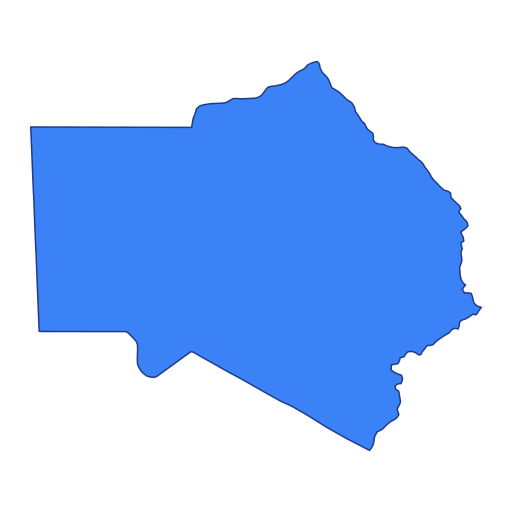 Nyatike, Nyanza, Kenya
{"feature_id": "3690345B78921482472620", "entity_name": "Nyatike", "entity_type": "district", "adm_level": 2, "iso_a3": "KEN", "parent_name": "Kenya", "parent_adm1": "Nyanza", "projection": "mercator", "projection_center": [34.221, -0.928], "detail": "fine", "context": "isolated", "style": "filled", "palette": "blue", "viewbox_px": 512, "rotation_deg": 0, "n_neighbors": 0, "source": "geoboundaries", "source_scale": "gbopen_adm2", "svg_char_len": 3563}
<svg xmlns="http://www.w3.org/2000/svg" viewBox="0 0 512 512"><path d="M318.2,62.4L317.0,61.6L316.1,61.7L313.7,62.3L311.3,63.2L309.0,64.2L307.0,65.5L305.6,67.4L305.0,68.1L304.2,68.7L301.4,70.3L298.8,71.5L295.2,74.1L293.2,76.2L291.1,78.1L288.9,80.4L285.4,82.9L281.4,84.5L278.5,85.2L275.1,86.0L271.8,86.2L268.1,87.1L266.3,89.0L264.4,91.5L263.9,92.2L263.1,93.3L261.5,95.3L259.3,96.8L256.1,98.0L251.9,98.4L248.1,98.5L246.2,98.6L245.1,98.7L242.5,98.8L239.3,98.7L236.4,98.5L233.1,98.6L230.8,99.8L228.5,101.3L225.9,102.6L222.9,103.1L219.9,103.3L215.8,103.4L210.6,103.7L203.9,104.7L200.0,105.8L196.5,108.8L195.8,111.6L195.4,112.8L194.9,114.1L193.1,118.7L191.6,127.4L30.7,127.0L31.7,149.6L32.8,177.7L33.1,184.0L33.3,189.0L33.5,193.9L33.7,196.6L34.0,203.4L34.1,206.8L34.4,215.2L34.9,227.3L35.6,244.7L36.1,254.6L37.3,285.6L39.2,331.4L44.2,331.5L126.1,331.6L128.5,333.2L131.0,335.7L133.8,338.7L136.5,341.8L137.5,345.0L137.6,350.2L137.4,355.6L137.3,359.6L137.4,362.7L138.0,365.5L139.4,368.3L141.0,370.8L143.3,373.4L146.8,376.0L150.6,377.1L153.9,377.3L156.4,376.7L191.0,351.6L193.1,352.1L202.6,357.5L210.1,361.7L215.6,364.8L228.9,372.3L238.9,377.6L249.5,383.6L264.8,392.3L280.7,401.2L292.1,406.4L309.2,416.3L325.2,426.4L346.1,438.3L369.5,450.4L371.5,447.9L373.4,444.1L374.1,439.8L374.7,436.3L376.0,433.9L377.3,431.7L380.4,430.3L383.1,428.6L385.6,425.8L387.9,423.8L390.6,421.6L393.5,420.1L396.2,418.4L398.1,415.9L398.8,414.6L398.0,411.6L397.0,409.5L398.3,406.9L399.9,403.8L400.5,401.4L399.8,397.7L399.3,394.1L398.6,391.0L395.9,389.5L395.0,386.1L397.9,383.8L401.0,383.6L402.0,381.3L402.6,378.3L401.4,375.3L397.7,373.9L394.3,372.3L391.3,370.2L391.2,369.2L391.2,367.6L391.5,364.8L395.0,364.2L397.8,363.7L399.2,361.4L399.5,360.6L400.2,357.7L403.9,356.9L405.5,354.3L406.2,353.5L407.7,351.8L409.3,351.7L410.9,351.5L412.0,351.5L413.4,351.8L415.5,352.7L418.7,354.8L419.6,354.7L420.8,354.6L422.3,351.6L424.6,349.0L427.1,345.5L429.8,345.5L432.9,344.7L435.1,342.4L437.5,340.3L440.3,338.3L443.1,336.4L445.9,334.7L449.0,332.9L451.7,329.7L454.6,328.3L458.1,328.9L459.2,325.5L459.6,322.0L461.8,320.2L466.0,318.7L469.5,316.6L472.8,314.2L475.9,314.8L477.4,313.1L478.9,310.6L481.3,307.4L477.3,306.1L474.0,303.1L473.1,299.8L472.4,296.7L471.3,293.5L468.4,292.9L464.5,292.9L462.3,289.4L463.8,287.1L465.5,285.0L463.2,283.2L461.1,279.5L460.9,278.3L460.2,275.3L459.9,271.1L459.5,267.6L460.7,264.4L461.8,260.9L461.6,257.0L460.9,253.4L461.4,251.0L461.8,249.9L462.3,249.0L461.0,244.2L460.8,243.2L463.8,240.9L463.2,237.3L461.7,234.5L461.0,232.0L463.0,230.3L465.7,228.3L467.9,225.9L467.4,223.2L466.2,220.9L463.8,218.8L461.4,215.3L459.1,212.6L459.4,210.3L460.9,208.6L460.4,207.5L459.2,205.6L458.6,204.9L456.4,203.0L453.6,200.3L451.0,197.6L450.5,193.0L448.2,191.3L443.9,190.1L441.3,187.7L439.3,185.9L436.9,183.1L433.5,179.8L431.6,177.2L429.8,173.9L427.1,170.0L425.0,167.2L422.3,162.8L419.6,160.4L418.7,159.9L417.9,159.3L416.6,157.7L414.9,156.2L413.0,154.6L411.0,152.8L409.2,151.0L407.2,148.3L404.3,147.2L401.4,147.2L397.5,147.7L393.2,147.5L389.7,146.8L386.3,145.8L383.6,144.3L380.6,144.2L377.7,143.8L374.6,142.1L373.2,139.6L373.5,136.6L372.7,133.1L370.3,131.5L369.4,130.8L368.5,130.1L367.3,128.8L366.0,126.7L364.6,123.6L361.8,121.2L360.2,118.6L358.2,115.5L356.5,113.0L355.7,111.9L355.2,110.9L354.8,108.3L353.7,105.8L352.0,103.1L349.6,101.2L346.8,99.7L344.0,96.7L341.3,94.1L338.4,91.6L334.6,89.3L331.7,87.6L331.4,86.8L330.6,84.6L330.2,83.4L329.4,81.8L329.0,80.7L328.6,79.7L327.2,77.4L325.0,75.1L322.3,72.5L320.3,68.6L319.5,64.7L319.2,63.8L318.2,62.4Z" fill="#3b82f6" stroke="#1e3a8a" stroke-width="1.5"/></svg>